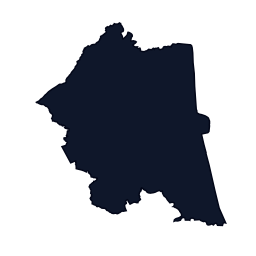 Wa East, Upper West, Ghana, rotated 265°
{"feature_id": "2480657B52594370214383", "entity_name": "Wa East", "entity_type": "district", "adm_level": 2, "iso_a3": "GHA", "parent_name": "Ghana", "parent_adm1": "Upper West", "projection": "natural_earth1", "projection_center": [-2.09, 10.084], "detail": "fine", "context": "isolated", "style": "filled", "palette": "ink", "viewbox_px": 256, "rotation_deg": 265, "n_neighbors": 0, "source": "geoboundaries", "source_scale": "gbopen_adm2", "svg_char_len": 5726}
<svg xmlns="http://www.w3.org/2000/svg" viewBox="0 0 256 256"><g transform="rotate(265 128 128)"><path d="M215.3,103.8L214.5,103.3L214.1,101.9L214.2,101.0L214.1,99.6L213.8,98.7L213.2,98.2L212.7,97.1L212.7,95.9L213.3,95.5L213.2,95.2L212.5,94.5L211.2,91.6L210.9,91.6L211.0,92.2L210.6,92.3L210.1,91.0L209.5,91.1L208.4,90.0L207.5,90.0L207.0,90.4L205.7,89.7L205.2,88.6L204.7,88.8L203.3,87.8L202.3,86.6L200.3,86.0L199.7,85.3L198.6,83.1L198.0,83.1L197.2,83.6L196.1,83.0L195.5,83.0L195.2,82.5L193.5,80.8L192.6,80.6L191.6,80.0L188.4,76.7L186.5,75.5L185.7,74.3L184.6,73.5L183.0,71.6L181.2,70.5L179.8,70.5L178.6,70.0L178.1,68.4L178.0,67.5L177.5,66.6L177.3,65.3L177.5,63.9L177.4,63.4L175.4,60.0L173.4,56.0L171.0,52.0L168.7,49.4L168.3,48.6L165.4,45.6L164.3,43.5L162.8,42.0L161.6,39.0L161.2,39.3L161.1,40.2L160.6,40.8L159.6,42.4L158.9,44.2L158.9,45.4L158.5,46.4L156.8,48.1L156.6,48.9L156.0,49.8L153.6,51.2L153.2,51.4L152.8,51.1L150.4,51.8L149.6,52.4L149.2,53.2L148.7,53.5L146.9,54.2L144.8,53.3L144.2,52.8L142.8,53.5L141.6,53.5L141.4,54.9L140.7,56.1L140.4,57.7L139.2,58.4L137.2,60.4L137.0,61.1L137.3,61.9L137.2,62.2L136.3,62.4L135.8,62.8L135.8,63.6L136.4,64.0L135.6,65.3L135.3,65.6L134.3,65.7L133.9,65.0L133.2,65.6L133.0,66.2L133.2,67.5L133.0,67.9L132.7,67.5L132.4,67.5L132.2,69.1L130.6,69.1L130.3,68.7L130.3,67.5L130.0,67.3L128.9,67.3L128.2,66.9L127.1,66.9L125.9,66.0L125.5,66.2L125.3,67.0L124.9,67.1L124.2,65.8L123.6,65.4L123.7,63.5L123.1,63.3L122.0,63.5L121.5,64.2L120.4,64.8L120.2,65.3L119.3,66.2L118.9,66.4L118.3,66.2L118.0,65.7L118.3,65.7L117.0,65.2L116.0,64.4L115.2,60.6L98.3,67.9L99.8,72.7L99.7,73.0L99.4,73.1L98.3,72.9L98.0,73.4L97.5,73.4L96.7,72.7L96.5,72.9L95.6,72.9L95.3,73.2L94.0,73.0L93.0,73.2L92.7,72.9L92.0,72.9L90.2,78.2L89.2,80.4L87.9,82.6L88.5,82.8L88.8,83.2L88.8,84.0L88.5,84.8L88.2,85.1L87.6,85.2L87.0,84.7L84.8,86.8L82.5,87.1L82.2,88.5L81.5,89.6L81.7,90.3L81.3,90.8L81.3,91.6L80.7,92.3L80.8,92.7L80.6,93.0L80.0,93.0L78.4,91.7L78.1,90.8L77.7,90.0L77.8,89.2L76.9,89.0L76.5,88.4L76.6,88.0L75.1,86.1L74.7,85.3L72.7,84.2L71.6,85.1L70.8,85.0L69.8,85.7L68.9,85.8L66.1,85.2L65.1,86.0L63.3,85.6L63.1,85.9L62.5,85.6L62.1,84.8L61.1,84.3L60.8,84.7L60.2,84.6L60.1,84.9L59.5,84.9L58.2,86.1L55.6,85.7L55.0,87.1L54.5,87.5L53.8,89.4L52.8,89.9L52.7,90.4L52.4,90.5L52.6,91.5L52.5,92.1L51.3,93.9L50.5,94.9L49.9,98.2L48.8,99.2L48.1,99.5L47.7,99.9L47.3,101.2L45.9,102.4L45.2,103.9L44.6,104.4L44.1,105.9L44.2,108.5L43.6,109.6L43.6,110.3L44.6,112.7L45.2,113.5L45.9,115.4L45.8,115.7L45.5,115.9L45.8,119.0L48.6,118.1L51.1,117.8L52.4,118.4L53.0,119.7L53.7,119.8L54.6,119.1L56.3,120.1L56.6,121.2L55.7,121.8L55.0,121.8L52.8,123.1L52.2,123.2L52.0,123.4L53.6,127.3L53.4,128.8L52.9,129.9L52.8,131.4L53.6,131.5L54.4,132.2L55.2,133.6L55.9,134.2L57.3,133.4L58.4,133.5L58.9,133.8L60.0,133.2L60.8,133.2L63.0,133.9L63.4,134.5L63.9,134.7L64.3,135.5L65.1,135.4L65.3,135.7L65.6,135.5L66.1,135.9L66.6,135.6L67.0,136.1L66.9,136.3L67.2,136.5L67.0,136.9L66.1,137.8L65.7,137.9L65.8,138.3L64.9,138.8L64.3,140.2L64.0,140.6L62.9,141.0L61.7,142.5L61.2,144.5L61.4,147.9L61.9,150.1L62.4,151.0L63.1,153.7L61.9,155.4L62.2,156.7L60.0,156.8L57.2,157.9L55.4,159.9L53.2,160.9L49.8,163.3L50.1,164.2L50.1,166.1L49.6,167.0L49.0,167.6L47.9,167.6L46.0,166.8L45.8,166.4L45.7,166.9L44.8,167.9L44.4,169.0L42.7,171.1L41.6,171.8L41.2,172.3L40.2,172.4L39.4,173.1L37.6,173.8L35.3,173.7L34.9,172.3L34.4,172.2L33.6,168.3L33.2,167.3L32.4,166.2L31.1,165.8L31.4,166.8L31.1,169.6L31.6,172.2L33.1,173.1L34.0,174.5L33.9,176.3L33.2,176.9L31.3,177.1L31.0,180.9L30.7,181.5L31.4,181.6L31.9,182.0L32.7,183.1L32.5,185.1L31.3,186.5L30.6,186.4L30.5,191.5L29.4,192.6L28.2,195.0L28.5,195.8L27.6,197.8L25.1,198.4L24.7,198.8L24.4,199.7L24.5,201.3L25.2,202.7L24.0,204.7L24.9,205.5L25.4,206.4L25.5,207.4L24.7,208.2L23.3,208.7L22.7,213.6L24.6,214.3L25.2,214.9L25.3,215.6L24.9,217.0L40.2,211.8L57.1,209.2L83.9,205.5L94.3,203.7L96.2,203.4L96.5,203.6L105.1,202.1L115.1,200.7L115.7,201.3L116.4,207.1L117.5,208.3L123.1,209.4L123.9,209.2L125.3,209.6L127.8,209.8L130.9,208.9L131.8,208.1L131.9,207.7L132.3,207.4L133.4,205.8L134.9,202.4L135.5,200.3L136.8,198.4L137.4,198.0L139.5,198.0L140.6,197.6L163.8,198.0L176.5,198.7L187.4,198.5L197.1,199.0L202.3,198.9L204.4,198.5L205.4,197.6L206.2,193.2L207.7,185.2L207.6,184.5L207.2,183.7L207.1,182.8L207.7,180.9L207.7,179.9L207.3,179.8L206.6,178.7L206.1,178.7L205.8,178.0L205.6,178.0L205.7,177.9L205.3,177.5L205.5,176.7L205.2,176.6L205.8,175.6L205.9,175.0L205.5,173.6L205.9,172.0L205.8,171.1L205.6,170.6L205.0,170.1L203.7,169.5L203.5,167.8L203.2,166.7L203.6,165.9L205.0,165.4L205.3,165.1L204.8,164.0L205.0,162.1L204.8,161.5L204.1,161.2L205.2,160.1L204.0,158.6L204.2,156.7L204.6,155.6L203.2,153.4L203.1,152.2L202.6,151.0L202.8,149.4L203.5,147.3L203.9,147.0L205.4,147.2L206.5,146.8L206.3,145.2L206.5,144.7L207.5,143.7L208.0,144.2L208.1,142.2L209.0,140.9L210.1,140.1L210.5,140.3L212.1,142.9L213.0,143.7L213.6,143.1L214.4,141.0L214.3,138.8L214.5,138.4L215.3,138.4L217.2,139.0L218.5,139.6L218.8,140.1L219.4,140.3L220.8,140.1L221.9,139.1L223.2,137.1L223.3,136.3L221.3,135.6L220.3,135.0L217.2,131.2L217.3,130.5L219.9,130.3L222.6,129.1L223.9,129.3L224.3,130.0L224.6,131.4L225.4,131.9L227.0,132.0L230.2,130.7L231.4,129.9L232.8,129.7L233.0,128.6L233.3,128.5L232.3,126.7L232.5,126.2L232.4,125.8L232.6,125.2L232.5,124.8L233.1,123.5L232.5,123.3L232.3,122.5L231.1,121.8L231.1,120.7L231.7,119.6L230.5,118.0L230.2,116.4L230.6,116.2L229.8,114.8L229.2,114.4L228.1,114.8L227.2,114.2L226.5,114.7L225.0,114.7L224.1,113.1L223.7,113.1L223.4,112.8L223.1,112.1L223.3,111.7L222.5,111.3L222.4,110.3L221.8,109.7L221.8,109.0L221.4,108.7L220.6,108.9L220.2,108.5L219.5,108.5L219.4,108.0L217.2,106.9L216.8,106.3L216.0,105.8L216.2,105.1L215.3,103.8Z" fill="#0f172a" stroke="#020617" stroke-width="1.5"/></g></svg>